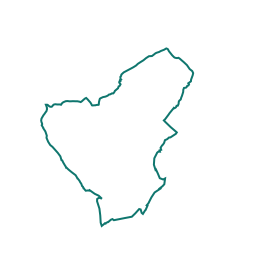 Arusha Urban, Arusha, United Republic of Tanzania, rotated 227°
{"feature_id": "72390352B90906351205470", "entity_name": "Arusha Urban", "entity_type": "district", "adm_level": 2, "iso_a3": "TZA", "parent_name": "United Republic of Tanzania", "parent_adm1": "Arusha", "projection": "mercator", "projection_center": [36.69, -3.448], "detail": "fine", "context": "isolated", "style": "outline", "palette": "teal", "viewbox_px": 256, "rotation_deg": 227, "n_neighbors": 0, "source": "geoboundaries", "source_scale": "gbopen_adm2", "svg_char_len": 3564}
<svg xmlns="http://www.w3.org/2000/svg" viewBox="0 0 256 256"><g transform="rotate(227 128 128)"><path d="M201.0,83.8L199.9,83.4L199.4,83.1L198.9,82.9L198.5,82.7L197.7,82.3L197.5,81.9L196.9,81.5L196.6,80.9L196.3,80.4L196.0,80.0L195.9,79.7L195.8,79.3L195.8,78.8L195.3,76.7L195.0,74.8L193.9,71.2L192.7,69.6L191.2,68.7L190.0,68.3L189.6,68.0L189.2,67.7L189.0,67.3L188.9,66.8L188.5,66.7L185.8,66.1L185.7,65.9L181.8,65.2L177.8,63.4L176.4,61.7L172.3,60.2L168.6,59.5L165.7,59.9L157.8,59.7L153.4,59.2L149.8,57.4L149.1,57.8L147.0,57.1L143.8,56.4L143.6,56.3L142.4,56.2L142.0,56.0L141.4,55.8L141.4,56.0L138.7,56.1L136.9,56.3L133.9,56.7L129.2,57.5L126.9,57.0L125.6,56.6L125.4,56.8L122.4,56.5L121.1,56.1L119.1,55.8L116.7,54.8L115.9,55.0L114.4,54.4L114.3,54.6L113.0,54.4L111.0,54.3L109.4,56.4L108.7,56.8L108.8,57.5L102.5,58.8L98.5,60.4L94.1,60.7L96.8,59.3L97.1,57.0L95.5,55.4L88.5,52.1L83.0,48.1L77.3,43.4L74.3,42.0L74.1,44.7L74.1,46.1L73.4,46.4L73.6,46.9L72.8,49.7L72.7,49.7L72.6,52.9L72.0,54.5L70.2,54.8L67.7,58.8L64.6,63.8L60.5,70.3L60.6,75.1L61.1,80.9L59.8,81.7L56.6,80.1L55.0,80.3L56.1,84.4L56.0,84.9L57.9,89.3L58.7,89.0L59.0,91.5L61.3,97.8L62.7,103.5L61.6,110.1L62.2,109.9L61.9,113.6L62.1,116.2L65.8,120.7L66.4,118.6L69.6,117.0L74.7,118.9L78.7,120.2L78.7,119.6L83.5,121.9L87.9,126.6L89.9,132.1L90.1,132.5L90.0,134.1L88.9,135.2L90.1,135.8L89.4,137.4L91.3,138.3L92.0,140.9L92.0,142.3L92.5,144.3L93.9,146.7L93.1,149.1L93.1,151.5L92.2,152.6L91.1,159.1L91.5,160.7L99.6,159.8L107.3,159.4L109.1,159.4L109.1,161.1L110.1,166.7L110.5,168.5L111.4,175.0L111.0,174.9L110.5,176.5L110.5,177.3L111.1,178.7L110.4,179.5L110.5,179.7L110.5,180.0L110.7,180.4L111.1,181.4L112.2,182.6L112.8,183.4L113.0,184.5L112.9,186.0L114.0,187.8L114.6,189.2L116.7,192.9L118.3,194.6L119.1,196.3L118.0,197.9L118.0,198.9L118.4,200.0L117.9,201.2L118.3,202.4L119.6,202.6L119.4,204.3L119.2,205.8L120.4,207.2L122.4,211.2L123.7,213.1L125.8,213.8L129.1,213.3L133.8,214.0L138.3,213.7L140.8,213.4L143.1,213.2L144.9,212.8L145.7,211.5L147.3,210.3L148.3,210.0L151.0,209.9L153.5,210.1L156.2,210.3L158.5,210.9L159.9,210.4L160.1,210.2L160.6,207.8L161.9,204.6L162.4,202.6L163.5,200.3L163.9,199.1L164.1,196.4L164.3,194.6L166.2,192.3L166.8,188.9L167.0,185.5L167.7,181.9L168.2,179.1L168.2,176.4L168.8,173.3L169.5,170.6L170.1,168.4L171.6,162.8L171.6,159.6L170.8,158.5L170.6,157.3L169.4,156.3L169.2,156.3L168.8,155.8L168.4,155.7L168.1,155.8L168.1,155.5L168.2,155.3L168.4,155.1L168.6,155.0L168.6,154.9L168.5,154.7L168.2,154.7L167.8,154.6L167.5,154.5L167.6,154.0L167.8,153.6L167.6,153.1L167.6,152.9L167.1,152.5L166.7,152.6L165.1,152.4L164.9,151.9L164.8,151.4L164.6,151.0L164.5,150.6L164.6,150.2L164.6,149.9L164.8,149.5L164.5,149.0L164.3,148.5L163.9,147.9L163.9,146.8L164.0,146.2L164.0,145.4L164.1,143.8L163.7,142.8L163.4,141.8L163.5,140.9L163.4,140.8L163.4,140.7L163.8,140.3L164.2,140.0L164.4,139.2L164.6,138.5L164.8,137.8L165.1,137.4L165.4,137.0L165.5,135.3L165.9,134.0L166.5,132.6L167.6,130.9L168.2,129.1L168.5,128.1L168.6,127.4L168.1,126.5L166.8,124.5L165.8,123.4L165.1,122.6L165.0,122.3L165.7,121.5L166.4,120.6L166.8,119.7L167.7,118.7L168.6,117.5L169.2,117.1L170.5,117.5L172.4,117.9L173.9,117.9L176.7,118.0L178.5,117.9L178.9,116.5L179.0,114.4L179.0,112.6L179.2,111.1L180.3,110.5L182.1,109.2L183.9,107.3L185.6,105.5L187.2,103.6L189.0,102.1L190.1,100.7L191.0,98.2L191.1,96.4L190.8,95.6L190.7,94.8L191.3,94.6L192.1,93.8L192.9,92.9L193.8,92.0L194.8,91.2L195.3,90.5L195.8,89.5L195.7,88.1L195.5,87.1L195.8,86.4L196.6,85.6L197.7,85.2L199.1,85.1L199.6,85.0L200.1,84.8L201.0,83.8Z" fill="none" stroke="#0f766e" stroke-width="2"/></g></svg>